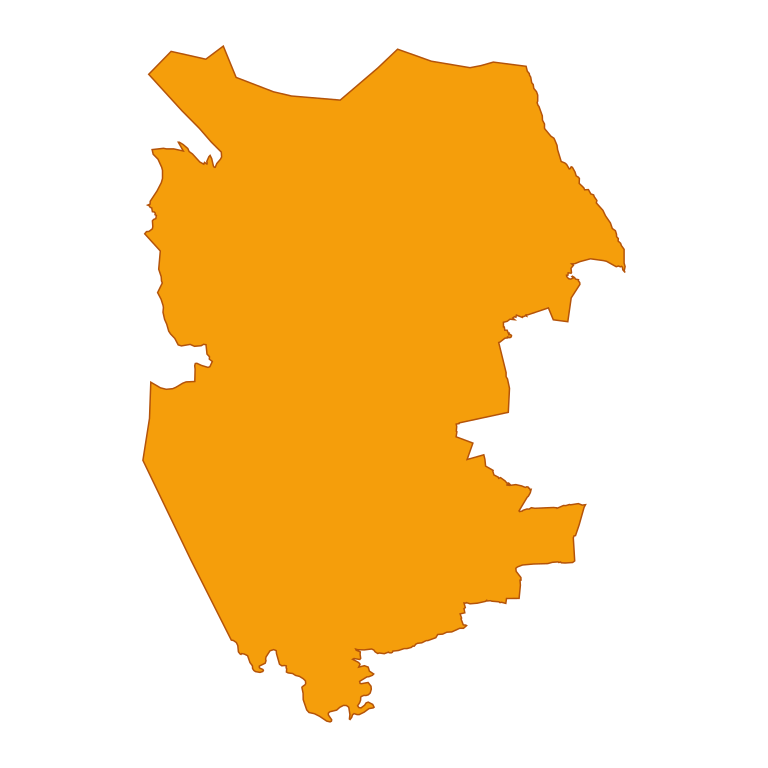 Tlahuapan, Puebla, Mexico (Albers equal-area conic projection)
{"feature_id": "50627088B76497892833902", "entity_name": "Tlahuapan", "entity_type": "district", "adm_level": 2, "iso_a3": "MEX", "parent_name": "Mexico", "parent_adm1": "Puebla", "projection": "albers", "projection_center": [-98.56, 19.351], "detail": "fine", "context": "isolated", "style": "filled", "palette": "amber", "viewbox_px": 768, "rotation_deg": 0, "n_neighbors": 0, "source": "geoboundaries", "source_scale": "gbopen_adm2", "svg_char_len": 6109}
<svg xmlns="http://www.w3.org/2000/svg" viewBox="0 0 768 768"><path d="M191.2,560.6L231.3,640.1L233.4,640.5L236.3,642.5L237.8,645.6L238.4,651.8L240.0,653.9L241.0,654.4L241.6,653.6L244.2,654.0L247.6,655.7L250.0,662.6L252.4,665.8L252.6,668.6L253.9,670.5L255.5,671.6L260.0,672.4L262.8,671.5L263.4,670.3L262.8,669.4L259.9,668.2L259.3,667.4L259.3,666.1L265.2,663.2L266.0,660.7L265.6,659.1L266.0,657.0L270.0,650.8L273.7,649.6L276.2,650.6L276.5,653.6L279.5,664.2L281.8,665.8L284.5,665.5L286.3,665.9L286.1,667.9L286.7,668.7L286.4,672.0L288.1,672.9L292.6,673.5L295.5,675.4L299.5,676.4L303.2,678.7L305.4,680.8L305.7,683.5L305.1,684.7L302.2,686.8L301.9,687.5L303.1,693.3L303.2,699.6L306.7,709.9L309.0,712.5L314.4,713.7L319.6,716.3L326.7,721.1L330.1,721.9L331.4,721.2L331.7,719.8L328.4,715.0L328.3,713.2L329.7,711.8L336.7,710.1L339.8,707.3L343.5,705.4L346.4,705.5L348.6,707.1L348.9,708.1L349.9,714.6L349.4,719.0L350.1,719.5L351.7,717.4L352.5,714.9L354.0,713.6L357.1,714.6L359.2,714.6L364.1,712.2L369.0,708.6L373.2,707.9L374.1,707.2L372.7,704.4L368.2,702.1L366.1,702.9L364.6,705.2L361.0,707.9L358.9,707.6L357.6,705.8L359.7,702.6L360.6,700.1L360.7,697.3L361.3,696.5L363.8,695.4L366.0,695.5L368.3,694.8L370.2,693.0L371.3,689.2L371.0,686.2L368.1,682.5L361.2,683.7L360.1,683.4L359.6,681.4L366.9,676.9L368.9,676.7L372.4,675.3L373.7,674.0L369.4,671.1L368.2,667.1L364.4,665.7L358.7,667.1L360.0,664.4L359.6,663.5L358.3,662.3L352.6,659.3L354.0,658.5L359.8,659.5L360.7,658.3L360.1,654.3L360.3,651.9L356.2,650.2L355.7,649.1L357.6,649.7L364.2,649.9L371.6,649.0L373.8,650.0L375.1,651.8L377.7,653.5L379.3,653.0L384.3,653.7L388.5,652.1L389.1,652.7L391.1,652.9L392.4,652.3L392.9,651.1L398.4,650.5L404.1,648.6L406.9,648.6L411.3,647.4L412.8,646.1L414.2,646.2L415.9,644.1L417.6,643.3L421.8,642.8L426.2,640.6L427.8,640.6L435.8,637.7L437.7,634.5L442.7,634.1L446.8,632.2L451.8,631.9L459.7,628.3L463.5,628.3L466.6,625.6L465.8,625.1L463.3,624.9L461.0,618.8L461.6,618.1L460.1,613.9L464.8,612.8L464.0,608.6L465.3,607.6L464.0,603.0L466.0,603.1L466.4,602.6L470.0,603.8L477.3,603.2L485.4,601.4L486.6,600.4L486.7,601.0L490.4,600.7L491.9,601.2L498.9,601.8L499.9,602.6L501.6,602.3L505.8,603.4L506.5,598.5L519.1,598.4L520.4,585.2L520.0,580.2L521.0,580.1L520.9,577.5L516.2,571.4L515.8,568.3L517.5,566.9L522.5,565.0L533.6,564.0L547.7,563.6L552.4,562.3L558.0,561.9L558.8,562.5L560.6,562.0L561.3,562.8L565.1,563.0L572.6,562.5L574.7,560.9L573.3,537.8L574.1,535.8L575.5,535.6L579.1,525.0L584.1,507.3L585.5,504.7L582.2,505.1L578.4,503.6L570.6,504.8L569.4,504.5L565.9,505.6L563.5,505.5L557.0,508.3L556.7,507.8L553.4,507.5L534.8,508.3L531.3,507.7L529.1,509.1L526.9,509.0L523.0,510.3L522.4,511.0L519.6,511.6L519.0,510.9L527.2,497.2L528.4,496.2L530.3,492.7L531.1,489.5L530.1,489.9L529.6,488.4L528.8,488.2L528.2,487.1L526.8,486.8L525.3,487.4L521.6,485.9L515.8,484.6L509.9,485.4L506.3,485.0L509.8,484.2L508.6,483.0L506.9,483.1L505.1,480.9L500.5,477.6L498.7,478.3L498.3,477.2L493.9,474.9L492.8,471.1L493.1,470.4L485.6,466.1L484.9,459.3L483.8,454.8L467.1,459.5L472.9,443.1L456.1,436.8L456.9,431.7L456.3,431.2L456.7,426.6L456.2,424.1L459.1,423.6L459.2,422.9L460.6,422.6L508.3,412.3L509.5,388.3L507.5,379.0L506.1,376.7L506.1,372.6L498.7,342.5L499.9,342.1L504.9,338.2L507.7,337.9L507.6,337.0L509.9,337.7L511.3,336.8L511.5,335.4L510.3,334.5L508.8,334.7L509.2,333.1L508.7,333.0L508.6,333.5L508.2,332.9L507.1,330.2L504.8,330.2L504.3,327.0L503.5,326.9L503.4,322.3L507.2,321.3L510.0,319.2L514.7,319.7L512.7,318.0L514.5,316.7L515.9,317.2L516.4,315.1L522.3,317.4L522.6,316.6L523.5,316.7L525.4,315.7L526.7,316.2L526.2,314.8L527.9,314.8L548.4,307.9L553.3,319.8L567.8,321.7L571.2,297.9L579.9,284.4L579.7,282.5L578.4,280.9L578.5,279.7L575.5,279.1L574.6,277.6L572.4,276.2L571.9,276.6L573.6,277.8L570.8,279.1L568.6,278.7L566.7,276.5L566.5,275.2L567.9,275.2L568.2,272.8L571.1,273.2L571.5,272.6L571.0,268.3L573.4,265.3L571.7,263.9L574.8,263.7L580.0,261.6L590.4,258.8L603.5,260.6L606.5,261.3L616.2,266.7L618.5,266.0L620.3,266.8L621.6,266.4L622.4,267.2L622.8,269.8L625.1,272.5L624.2,270.9L625.1,266.6L624.1,263.1L624.1,249.3L621.4,245.6L620.6,243.3L618.1,241.0L618.3,238.5L616.6,236.7L616.5,234.2L615.4,230.7L612.3,228.5L610.4,222.9L605.5,215.8L602.9,210.3L596.3,202.9L596.9,200.5L594.3,196.8L593.6,194.9L590.8,193.9L588.4,189.6L584.6,189.8L583.8,187.8L579.2,183.4L579.4,178.5L578.4,177.2L576.2,175.9L575.0,172.0L572.4,167.3L571.2,166.8L570.2,168.6L569.2,168.9L566.6,164.4L564.9,163.0L561.2,161.5L557.6,149.7L557.0,145.3L554.7,139.8L553.9,138.2L550.9,136.2L545.0,129.1L544.5,128.2L544.5,124.0L542.5,120.2L542.3,115.8L538.9,106.3L538.1,105.5L537.1,102.6L537.7,101.1L537.7,95.1L536.5,91.7L533.8,88.4L533.2,84.5L531.7,82.7L530.7,77.1L529.5,75.1L529.3,73.6L527.3,71.2L526.1,66.3L493.3,62.1L481.0,65.6L470.0,67.7L431.3,61.2L397.6,49.2L377.8,68.0L340.2,100.1L291.4,96.0L273.5,91.8L236.1,77.4L223.3,46.1L205.8,59.2L171.1,51.4L148.7,74.3L181.9,110.7L199.4,128.4L211.3,142.1L221.3,152.1L221.6,157.0L220.4,159.3L216.8,163.5L215.2,167.3L214.3,167.3L213.4,166.0L211.7,158.6L210.1,155.4L208.9,156.7L206.8,161.4L207.2,163.0L206.9,164.0L204.5,162.4L203.8,164.2L199.8,162.0L192.5,154.0L189.1,151.5L187.8,148.5L183.1,144.5L179.3,142.2L178.3,142.2L183.3,151.0L173.8,148.9L166.5,148.9L163.5,148.3L152.1,149.6L153.2,154.3L158.0,159.2L161.7,167.3L162.5,170.4L162.5,178.5L161.3,182.7L157.0,191.0L150.2,201.3L150.1,204.1L147.7,205.1L149.4,205.9L150.2,207.4L151.7,207.9L152.4,211.7L154.3,212.0L155.3,213.2L155.0,214.7L156.4,215.4L155.8,218.6L153.7,219.4L152.4,220.8L152.8,226.5L152.4,228.8L149.0,231.4L146.5,231.6L144.7,233.8L160.3,251.0L158.7,269.2L161.2,276.7L161.5,280.9L162.3,283.0L157.6,292.6L161.1,299.3L163.1,305.6L163.4,307.6L163.0,312.3L164.6,319.4L166.7,324.1L168.7,331.1L170.5,333.9L174.8,338.4L178.2,344.9L181.4,345.9L190.2,344.4L194.5,346.3L201.2,345.7L203.6,344.3L206.0,344.7L207.0,354.1L209.5,356.8L209.3,359.1L212.3,361.5L209.9,366.7L208.0,367.4L201.4,365.4L196.9,363.3L195.3,363.5L194.7,365.7L195.1,369.1L194.8,381.5L186.1,381.9L182.7,383.2L175.7,387.4L172.6,388.7L166.2,389.3L160.4,387.8L150.8,382.2L149.5,418.4L142.9,460.3L191.2,560.6Z" fill="#f59e0b" stroke="#b45309" stroke-width="1.5"/></svg>